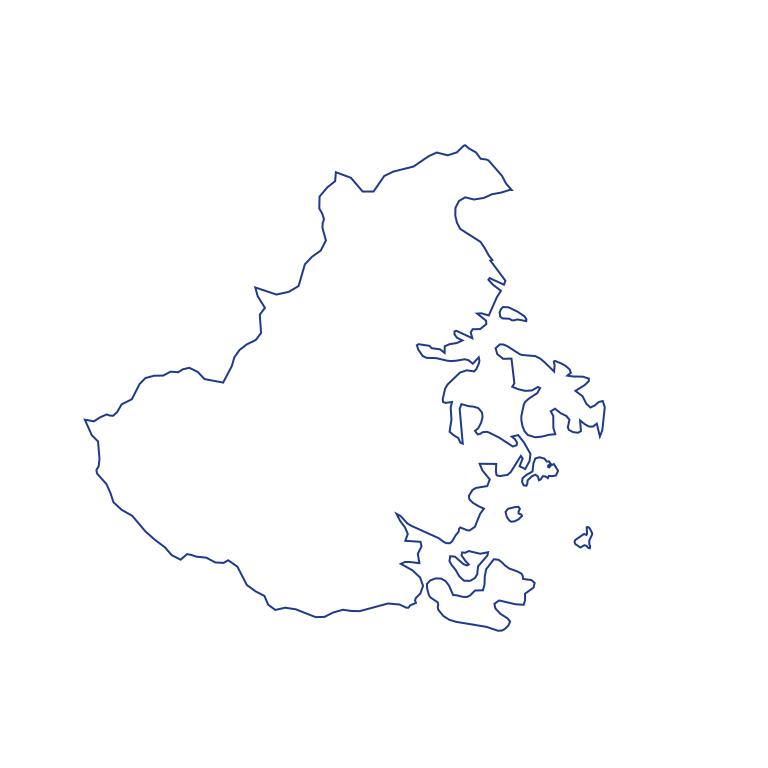 the border of South Gyeongsang, rotated 295°
{"feature_id": "KOR-2505", "entity_name": "South Gyeongsang", "entity_type": "Province", "adm_level": 1, "iso_a3": "KOR", "parent_name": "South Korea", "parent_adm1": "", "projection": "equal_earth", "projection_center": [128.367, 35.249], "detail": "fine", "context": "isolated", "style": "outline", "palette": "blue", "viewbox_px": 768, "rotation_deg": 295, "n_neighbors": 0, "source": "natural_earth", "source_scale": "10m", "svg_char_len": 6173}
<svg xmlns="http://www.w3.org/2000/svg" viewBox="0 0 768 768"><g transform="rotate(295 384 384)"><path d="M542.2,429.7L540.8,428.3L528.9,450.4L524.7,450.7L524.6,434.9L522.6,434.6L520.0,440.9L517.9,450.6L510.4,449.6L490.4,450.0L489.3,442.6L487.2,438.7L484.5,449.8L481.5,451.4L474.4,447.9L471.1,441.2L467.5,440.8L462.8,444.7L462.8,427.1L461.5,425.7L458.9,426.8L456.8,430.5L456.6,436.7L451.8,432.6L448.0,426.8L443.9,423.1L437.8,425.8L439.1,420.1L436.6,412.0L437.8,409.1L434.7,398.5L433.0,397.4L429.5,400.8L425.7,407.3L425.7,411.6L429.5,420.3L431.7,430.9L432.9,434.6L435.5,439.4L440.6,446.8L441.3,450.6L439.9,455.9L448.2,458.6L445.5,460.6L442.9,461.3L436.7,461.4L433.5,460.5L431.4,453.2L426.4,448.0L410.1,441.7L405.5,441.4L395.5,443.5L392.7,445.0L392.9,447.8L396.4,453.2L390.8,454.4L380.4,460.1L368.5,463.6L367.0,468.7L366.4,474.2L363.2,477.8L363.2,480.6L393.4,463.1L398.5,462.7L399.6,469.8L401.4,475.0L402.0,479.6L399.6,484.9L395.7,487.3L389.8,488.4L383.8,488.1L379.9,486.3L377.9,490.2L379.3,492.1L382.0,493.8L384.1,497.3L384.4,499.4L384.1,510.8L381.8,527.2L384.6,530.1L387.3,529.1L389.4,525.9L390.3,522.0L394.4,527.2L390.2,535.5L382.5,546.3L375.7,548.5L366.6,547.9L366.8,541.7L375.1,541.1L376.6,538.4L357.8,536.1L353.9,534.4L349.5,527.9L348.9,524.6L352.0,522.4L359.0,519.5L352.1,504.4L347.2,509.8L342.2,520.2L335.1,520.7L328.7,511.3L325.4,509.0L318.5,508.2L315.5,510.2L313.8,515.1L313.2,521.3L313.3,527.2L306.9,526.0L292.8,526.7L287.3,523.3L286.6,521.2L286.2,513.7L284.8,513.3L281.4,514.0L277.1,512.9L269.9,512.2L267.4,510.8L266.0,507.5L266.2,504.4L267.4,498.7L267.0,468.9L267.5,464.1L271.3,455.1L271.6,450.2L266.9,456.3L263.0,463.5L258.2,468.9L250.9,469.6L256.4,483.8L252.7,486.6L244.4,486.4L236.6,491.8L233.4,482.1L231.5,478.2L228.1,475.3L227.2,488.3L223.9,498.5L217.6,504.7L209.5,505.5L203.4,503.3L201.0,503.6L199.1,505.5L194.6,501.4L191.4,500.5L190.7,498.7L190.7,491.2L186.7,480.3L167.9,458.0L164.6,450.6L162.0,442.1L155.3,434.4L147.8,428.5L143.8,420.5L142.5,399.2L139.5,389.0L133.3,381.0L135.0,372.3L141.4,365.2L141.8,355.3L143.9,344.6L156.5,328.3L158.4,317.3L154.0,314.1L151.0,306.6L151.5,296.3L148.2,286.9L147.7,281.8L146.6,277.4L138.8,273.9L139.2,263.8L143.4,254.5L146.0,242.1L149.6,230.0L158.1,211.6L159.1,199.3L162.5,188.8L169.4,182.3L175.9,174.9L181.6,161.7L184.6,159.7L188.7,160.2L196.1,157.7L211.1,149.1L214.1,140.8L225.2,128.0L227.6,136.9L233.7,140.7L239.2,145.5L239.5,148.7L240.7,151.9L245.6,154.0L254.7,154.8L263.6,161.9L280.8,162.5L288.6,165.3L294.3,172.1L298.3,180.3L305.0,185.4L307.7,192.5L312.4,195.6L316.4,200.7L316.2,210.2L312.6,219.2L317.3,237.6L335.9,238.5L345.0,237.1L353.8,238.7L361.9,242.9L369.7,249.2L378.3,251.0L394.4,242.1L402.7,243.9L410.2,232.4L417.1,226.6L419.6,248.7L427.3,258.8L436.7,265.2L459.0,261.7L468.9,265.0L478.3,270.3L489.6,270.7L499.4,262.3L503.7,260.5L508.1,259.9L512.3,256.0L515.7,251.2L526.6,246.4L538.2,249.5L547.2,254.0L555.6,250.9L556.9,266.9L549.4,283.3L554.0,293.2L572.6,296.3L580.5,302.7L593.6,318.9L609.2,328.1L616.1,334.0L618.2,345.1L624.8,352.2L633.4,355.4L634.7,356.6L633.3,361.9L632.8,369.3L629.0,376.4L630.7,381.9L630.8,384.2L622.6,402.8L617.3,409.8L613.8,417.6L613.2,416.1L607.1,409.4L601.6,401.7L594.7,395.7L589.2,387.5L587.5,378.7L581.6,374.6L573.9,374.3L566.8,377.4L561.0,381.9L556.7,387.7L553.6,411.4L549.3,418.5L544.7,424.7L542.2,429.7ZM477.5,535.9L477.2,540.7L475.8,545.8L473.2,548.6L469.1,546.7L470.7,552.1L474.7,561.2L475.5,567.4L473.2,568.4L467.9,566.4L458.7,560.4L456.8,569.1L451.6,575.8L449.9,581.0L453.5,584.0L458.5,586.3L461.0,589.4L456.3,593.9L434.3,601.4L427.7,601.8L438.0,593.6L433.7,591.4L432.1,587.8L432.4,583.0L433.9,577.1L424.5,582.4L421.7,580.3L420.3,575.6L420.5,571.0L422.4,568.9L429.9,567.2L432.1,562.8L432.2,556.5L433.9,549.4L429.7,546.7L426.6,550.9L415.7,556.1L410.9,560.4L407.4,554.6L403.1,549.4L399.6,543.6L398.6,535.9L400.6,531.3L404.6,527.1L409.2,523.8L413.1,522.0L424.5,519.4L427.6,519.5L432.6,521.8L440.6,526.8L446.3,527.2L446.3,524.7L440.6,520.7L437.4,514.7L436.0,507.8L435.7,501.4L439.7,501.9L460.9,488.8L457.2,481.4L458.9,474.1L463.6,470.0L468.9,472.3L470.3,475.7L470.4,479.6L468.4,494.5L468.6,496.8L473.2,509.2L473.1,514.5L471.9,519.3L467.2,532.9L473.3,530.6L476.2,528.4L477.2,529.2L477.5,535.9ZM271.6,557.6L273.1,562.2L272.2,566.2L270.6,570.5L269.7,575.8L270.5,584.1L270.2,588.8L268.5,590.9L266.1,592.4L268.6,600.5L267.4,604.6L262.7,605.6L253.5,600.4L247.8,603.2L242.9,603.9L239.9,596.1L236.5,579.9L231.5,576.9L227.6,579.9L224.9,586.7L223.8,595.1L222.0,598.7L217.7,598.8L213.1,597.1L210.4,595.1L208.5,591.5L207.3,579.9L199.0,550.2L197.9,543.0L198.8,535.9L202.3,528.7L204.6,526.9L206.9,526.4L208.8,525.0L210.2,516.2L212.0,513.6L216.9,509.5L220.9,507.4L225.5,508.9L229.5,512.8L231.8,517.9L231.4,523.1L228.7,528.2L221.9,535.9L223.1,538.7L224.5,545.8L226.2,549.4L228.8,551.4L235.3,553.8L238.9,560.9L244.8,559.8L252.3,556.6L259.3,554.9L271.6,557.6ZM270.8,542.9L275.5,549.4L272.3,550.2L258.5,546.3L251.0,548.9L246.6,548.4L242.1,545.4L239.5,539.6L241.6,533.4L245.7,527.6L248.4,522.1L251.1,518.2L255.9,516.8L257.5,521.3L254.3,532.2L254.6,535.9L256.2,537.1L258.0,532.7L261.5,526.6L264.4,526.0L265.3,528.8L268.4,531.4L270.8,542.9ZM367.5,555.6L375.1,553.0L380.4,552.6L383.3,555.8L384.2,561.0L382.5,564.2L383.6,566.1L382.3,568.6L379.3,567.2L378.1,568.0L378.2,569.0L380.7,569.6L383.2,571.8L378.8,578.5L373.8,578.5L371.6,575.5L370.4,572.3L367.9,572.2L368.5,569.6L367.6,566.9L363.7,566.3L362.3,565.1L365.2,562.6L365.8,559.5L362.8,557.0L357.4,554.9L353.9,556.1L351.9,556.0L351.2,553.3L353.7,550.4L357.2,549.4L361.9,551.5L367.5,555.6ZM506.0,474.5L504.7,482.8L502.7,485.8L501.1,486.3L498.9,477.6L496.6,474.9L495.8,472.9L496.1,470.0L493.5,463.5L494.3,460.7L497.5,458.7L501.0,458.3L504.0,459.3L506.1,464.3L506.0,474.5ZM339.8,628.3L340.6,629.2L340.2,631.3L337.2,635.2L335.9,636.2L328.7,636.2L325.5,637.9L323.9,639.5L322.1,640.0L321.8,638.5L322.9,635.9L322.6,633.8L318.8,631.0L319.8,624.9L321.1,623.6L323.1,623.1L332.7,628.7L332.7,631.2L334.1,631.3L339.8,628.3ZM323.3,549.1L327.8,554.7L329.5,557.8L328.3,559.9L325.0,559.9L323.5,560.8L323.7,563.7L322.8,564.9L318.2,563.1L314.8,560.5L312.9,557.4L313.3,555.2L315.4,551.5L319.4,548.2L323.3,549.1Z" fill="none" stroke="#1e3a8a" stroke-width="2"/></g></svg>